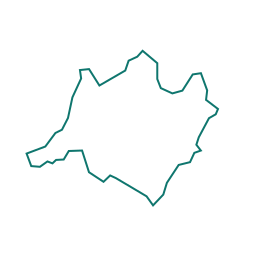 Dix-Huit Montagnes, Robinson projection, rotated 35°
{"feature_id": "CIV-3441", "entity_name": "Dix-Huit Montagnes", "entity_type": "Department", "adm_level": 1, "iso_a3": "CIV", "parent_name": "Ivory Coast", "parent_adm1": "", "projection": "robinson", "projection_center": [-7.745, 7.377], "detail": "coarse", "context": "isolated", "style": "outline", "palette": "teal", "viewbox_px": 256, "rotation_deg": 35, "n_neighbors": 0, "source": "natural_earth", "source_scale": "10m", "svg_char_len": 713}
<svg xmlns="http://www.w3.org/2000/svg" viewBox="0 0 256 256"><g transform="rotate(35 128 128)"><path d="M95.7,56.4L114.8,58.1L123.9,71.1L132.0,76.5L144.5,74.2L151.1,66.2L150.3,47.0L156.3,41.3L171.3,51.8L175.8,60.2L190.8,60.8L192.0,66.4L188.7,73.5L191.3,95.0L193.6,102.5L200.6,104.7L196.6,110.3L198.4,120.4L190.7,129.2L191.3,150.6L195.1,162.3L192.9,177.0L182.4,173.3L146.8,176.0L140.6,177.1L138.8,186.1L121.4,186.6L103.3,172.8L92.7,180.8L93.4,190.7L87.4,195.4L86.4,200.3L81.2,201.6L78.1,210.3L70.6,214.7L59.6,207.1L70.9,190.6L71.4,173.7L74.9,167.3L73.1,154.2L64.9,134.8L61.2,114.3L55.4,108.1L62.3,102.1L80.2,109.6L92.8,82.5L89.9,72.5L94.7,64.3L95.7,56.4Z" fill="none" stroke="#0f766e" stroke-width="2"/></g></svg>